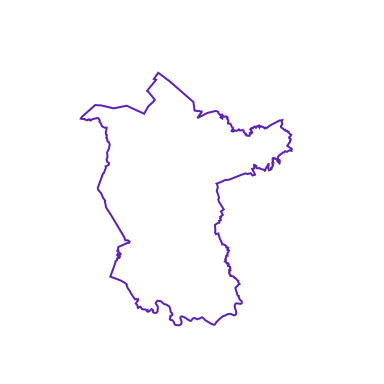 the district of Coyuca de Catalán, Guerrero, Mexico, rotated 146°
{"feature_id": "50627088B15747692686260", "entity_name": "Coyuca de Catalán", "entity_type": "district", "adm_level": 2, "iso_a3": "MEX", "parent_name": "Mexico", "parent_adm1": "Guerrero", "projection": "albers", "projection_center": [-101.014, 18.091], "detail": "fine", "context": "isolated", "style": "outline", "palette": "violet", "viewbox_px": 384, "rotation_deg": 146, "n_neighbors": 0, "source": "geoboundaries", "source_scale": "gbopen_adm2", "svg_char_len": 6037}
<svg xmlns="http://www.w3.org/2000/svg" viewBox="0 0 384 384"><g transform="rotate(146 192 192)"><path d="M223.6,318.2L241.1,315.9L243.2,315.0L241.4,313.2L240.3,312.8L239.9,311.4L239.1,310.4L238.4,309.9L237.6,310.2L236.3,309.5L236.6,309.0L236.1,307.9L234.0,308.1L229.7,306.5L228.4,305.7L228.4,302.9L229.4,302.2L229.2,299.8L229.9,297.0L228.6,294.3L226.8,293.0L228.7,290.9L229.5,290.5L229.8,289.7L230.7,288.9L231.1,287.7L230.8,286.7L232.7,284.9L232.4,284.2L232.9,283.3L232.9,282.8L233.8,281.2L233.0,279.7L233.8,277.2L236.9,274.2L240.3,272.3L242.4,268.3L244.6,266.8L245.4,264.7L244.6,262.2L246.1,261.0L249.3,261.6L249.9,260.2L254.7,256.9L255.4,257.1L267.8,248.1L268.5,246.9L268.1,241.4L269.0,236.6L268.8,233.4L269.3,233.2L271.9,227.2L272.0,218.7L273.4,192.8L274.3,189.3L272.2,187.8L271.4,185.9L272.6,185.0L273.4,185.7L274.7,186.0L283.9,187.6L285.5,185.7L285.6,185.1L286.5,185.3L286.9,185.0L286.9,184.6L286.0,184.2L286.8,182.9L286.1,182.2L285.8,180.6L288.4,180.8L288.7,182.0L289.4,181.6L289.1,180.0L288.3,179.3L287.6,179.4L287.5,179.1L288.9,178.1L289.6,178.1L290.9,178.9L291.7,178.4L292.1,177.5L294.1,177.4L294.7,176.5L307.0,167.5L300.8,158.8L298.3,153.9L297.8,151.7L298.5,150.9L299.0,148.3L299.0,144.5L299.3,142.4L299.3,135.0L296.6,133.3L297.3,132.2L298.6,132.0L301.0,131.0L300.5,129.0L301.6,126.5L301.6,126.0L299.6,126.0L298.9,125.7L299.0,123.1L298.0,121.9L296.3,120.7L296.1,119.1L294.9,119.1L295.7,117.7L295.5,117.4L293.9,117.0L291.1,117.6L290.4,116.2L291.5,113.8L290.2,112.4L289.4,111.9L288.3,111.9L287.2,112.3L286.3,113.8L284.8,115.3L284.3,116.8L284.5,119.9L282.3,121.1L281.2,121.0L279.0,119.0L277.8,114.7L276.4,113.3L274.9,109.9L275.3,107.7L276.8,104.3L276.4,102.8L276.6,101.7L277.4,100.9L279.2,101.4L279.9,100.7L280.1,99.9L280.7,99.8L281.6,98.9L281.3,97.8L280.2,96.9L279.8,96.2L279.8,94.2L280.4,92.1L279.8,90.7L277.2,88.7L276.1,88.5L274.6,88.7L273.1,90.3L272.3,93.8L271.5,94.8L270.5,94.8L269.6,94.2L268.5,92.7L265.6,86.1L264.5,85.8L262.4,86.6L261.4,86.6L260.1,85.7L258.8,83.6L256.2,82.8L254.1,82.7L253.6,82.3L253.1,81.1L252.8,78.5L249.7,71.9L248.1,69.7L247.2,69.4L244.2,70.6L238.9,71.5L235.4,71.7L233.3,71.0L231.1,70.9L229.2,70.1L228.0,69.2L226.2,66.3L224.8,65.8L223.8,66.2L222.8,67.2L221.9,69.2L220.7,73.3L218.7,74.9L218.1,75.0L217.0,74.6L214.6,72.3L213.4,71.9L212.6,72.2L211.9,74.1L212.6,76.2L211.7,79.3L210.9,80.4L211.9,79.8L211.9,81.2L209.8,88.0L208.9,88.5L206.6,88.7L205.7,89.2L204.1,89.0L204.0,91.7L203.3,92.6L203.7,93.1L204.1,96.2L204.5,96.3L204.8,96.9L204.5,97.9L205.3,99.3L207.0,100.8L206.6,101.1L206.8,101.3L206.6,101.6L206.9,102.9L206.0,104.2L206.3,104.5L205.5,105.3L204.6,105.4L205.1,106.0L204.8,106.7L203.0,107.0L202.9,107.8L202.3,108.4L202.3,109.1L203.6,110.6L203.4,111.0L202.0,111.3L201.8,112.2L202.0,113.0L203.2,113.4L202.9,114.8L203.6,116.0L201.9,116.6L202.1,117.7L200.7,118.4L199.9,119.7L199.3,120.0L198.1,119.3L197.4,121.0L196.3,121.7L195.7,121.6L195.0,122.5L194.1,122.7L194.2,123.4L195.0,124.2L193.5,125.1L194.1,126.1L193.5,126.1L194.3,127.4L193.8,127.9L194.5,129.5L194.4,129.9L195.5,131.2L196.3,131.7L195.6,132.5L195.8,133.4L194.9,138.2L193.4,142.9L195.8,143.8L195.5,145.4L193.7,147.7L191.5,151.9L188.4,151.9L186.6,151.2L185.8,152.0L185.6,153.0L183.9,152.5L183.4,153.1L183.4,154.5L182.2,154.9L182.5,155.6L179.2,155.8L178.9,159.7L175.4,159.8L175.1,168.7L174.4,171.1L172.7,172.2L170.8,179.2L168.1,181.3L166.8,184.4L166.9,185.2L160.9,183.8L158.0,183.5L154.7,181.6L138.8,178.0L137.2,177.4L136.0,175.8L132.9,174.9L132.6,171.9L130.1,171.1L129.9,171.5L129.2,177.6L127.2,176.7L126.2,177.7L126.2,178.6L125.3,179.7L124.4,178.5L124.2,177.4L124.6,177.0L124.9,175.4L123.6,174.4L122.9,174.4L121.8,172.2L120.1,170.5L119.8,168.9L119.2,168.9L119.0,169.5L112.2,172.9L115.4,169.3L115.9,166.9L114.7,166.6L113.8,166.7L113.5,167.2L113.3,166.8L112.9,166.8L112.8,167.3L112.0,167.8L111.5,167.8L109.9,168.9L110.2,169.1L110.1,169.4L109.6,169.4L109.7,170.1L109.5,170.6L108.9,171.2L108.3,171.0L108.5,171.7L108.2,171.7L107.4,172.6L107.4,173.2L106.9,173.4L106.8,174.4L106.1,174.8L105.7,174.7L104.8,174.3L104.8,173.7L104.2,173.2L104.3,172.6L103.7,172.2L103.6,170.9L104.0,169.7L103.5,168.0L103.6,166.8L103.3,166.8L101.6,169.1L102.4,169.8L102.0,170.2L102.5,170.7L103.1,170.8L103.2,171.2L101.9,171.9L101.1,172.9L99.4,173.6L98.1,173.5L97.6,173.9L96.6,173.6L94.7,174.0L93.4,173.3L92.2,173.8L90.8,172.2L87.9,172.1L86.5,170.5L86.2,171.1L85.2,171.9L87.2,177.0L83.9,178.4L82.6,178.6L82.2,179.6L81.0,180.0L80.7,180.6L80.7,181.1L81.3,181.8L81.1,182.8L80.4,183.2L79.1,183.2L77.7,184.1L78.4,185.5L78.6,187.1L78.3,187.9L79.1,188.2L79.0,189.6L79.9,190.3L79.9,191.2L80.4,191.1L81.0,192.5L80.9,193.3L81.6,194.4L81.6,195.2L82.0,195.8L81.4,196.9L79.2,197.7L78.2,200.3L77.0,201.1L78.6,201.7L78.9,202.2L89.5,203.5L94.5,203.3L94.9,204.2L96.2,204.1L96.4,205.6L96.7,205.7L96.9,206.6L97.7,207.1L97.6,207.4L97.9,207.8L98.6,208.2L99.4,207.9L98.8,208.9L99.0,209.5L99.9,209.3L99.8,209.5L100.1,209.9L100.9,209.8L101.9,210.3L103.0,209.6L103.4,211.1L103.7,211.3L104.9,211.3L106.0,210.8L106.3,211.4L107.2,211.8L108.0,211.6L107.6,211.3L108.2,211.2L108.2,210.9L108.8,210.4L108.5,209.6L108.9,208.3L108.7,207.8L109.3,207.5L109.5,208.3L110.0,208.4L109.8,208.1L110.1,207.4L111.6,207.8L112.7,206.4L113.0,206.4L115.1,208.2L114.9,208.8L115.3,209.3L114.9,209.4L114.8,210.3L115.3,211.0L115.2,211.7L115.6,212.7L115.0,213.8L115.2,215.1L116.3,215.3L118.0,216.3L118.1,217.7L121.0,217.7L122.6,219.8L122.8,219.2L123.4,219.0L124.3,219.3L125.0,220.1L125.1,220.4L122.2,222.0L122.6,223.8L122.0,226.3L122.3,227.5L123.7,228.5L123.3,228.8L123.4,229.6L122.2,230.4L121.7,231.3L121.9,232.6L121.8,233.5L121.1,233.6L120.8,234.1L120.9,234.7L122.4,236.3L123.1,236.4L123.8,236.8L123.8,238.5L125.8,236.0L126.7,237.9L124.3,239.1L125.6,240.1L125.6,241.1L126.1,242.0L125.5,243.9L126.1,244.9L127.2,246.0L134.8,248.9L146.2,250.3L139.2,252.9L139.0,253.4L144.3,258.0L140.5,265.8L148.8,296.8L153.3,309.7L160.4,307.0L159.0,305.1L172.7,301.0L172.1,299.1L171.2,289.3L173.8,288.4L180.3,287.5L187.9,283.7L194.5,294.3L197.8,300.0L210.1,305.1L218.5,314.2L223.6,318.2Z" fill="none" stroke="#5b21b6" stroke-width="2"/></g></svg>